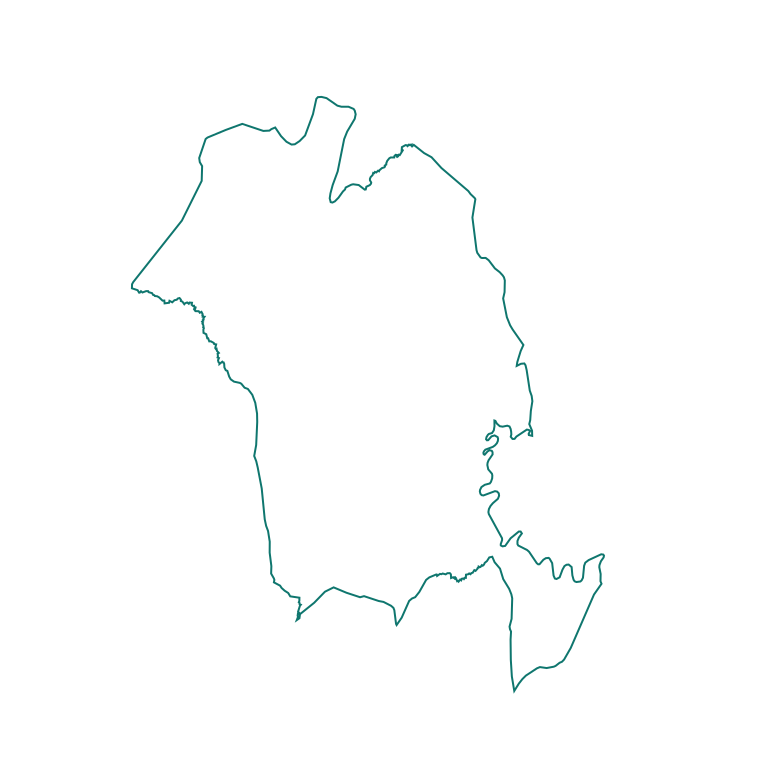 the district of Rasi Salai, Si Sa Ket, Thailand, rotated 199°
{"feature_id": "78962969B91531031914262", "entity_name": "Rasi Salai", "entity_type": "district", "adm_level": 2, "iso_a3": "THA", "parent_name": "Thailand", "parent_adm1": "Si Sa Ket", "projection": "equal_earth", "projection_center": [104.176, 15.349], "detail": "fine", "context": "isolated", "style": "outline", "palette": "teal", "viewbox_px": 768, "rotation_deg": 199, "n_neighbors": 0, "source": "geoboundaries", "source_scale": "gbopen_adm2", "svg_char_len": 6166}
<svg xmlns="http://www.w3.org/2000/svg" viewBox="0 0 768 768"><g transform="rotate(199 384 384)"><path d="M303.5,521.3L305.3,523.9L307.1,525.3L311.0,527.4L316.8,529.4L325.3,535.1L328.9,536.3L332.5,535.0L333.9,535.1L338.5,538.4L340.1,540.7L354.6,570.2L357.8,588.5L358.7,589.3L363.9,591.7L367.1,593.9L400.0,606.9L412.9,613.9L421.3,615.4L433.7,619.8L434.8,617.8L435.4,618.2L435.8,619.3L436.5,618.5L437.2,618.8L438.2,617.8L438.5,618.1L439.3,616.6L440.0,617.2L441.4,616.9L444.2,613.8L443.4,610.8L442.7,611.4L442.3,611.1L443.6,605.6L444.6,605.6L444.8,603.9L445.5,603.0L446.0,603.3L445.9,604.8L447.6,604.5L448.4,602.8L448.1,601.5L451.4,600.4L452.5,599.1L453.6,596.0L453.7,593.4L453.3,592.2L454.4,590.8L453.9,590.1L454.1,589.1L456.3,587.4L457.9,584.6L458.0,583.5L459.1,583.7L460.2,581.5L461.6,581.6L462.0,580.1L462.9,580.1L462.8,577.8L464.0,575.3L464.1,573.4L463.6,572.0L461.7,570.4L461.5,569.2L462.2,567.4L464.9,564.8L464.6,562.0L465.5,561.5L472.7,563.9L478.2,562.8L479.8,561.8L484.2,557.3L484.2,555.2L485.5,552.7L487.7,545.3L489.9,540.7L491.8,538.8L493.6,538.6L495.8,541.9L496.7,546.8L497.3,555.4L497.0,569.9L501.4,602.6L501.0,610.7L498.0,625.2L498.6,629.8L500.7,633.0L502.3,634.2L507.8,634.6L514.6,632.3L518.7,632.0L531.4,635.6L536.6,635.1L539.9,633.7L540.8,631.6L539.0,616.0L539.5,593.3L542.9,586.2L546.4,581.6L549.4,580.3L555.1,581.3L562.0,584.8L570.4,591.1L573.5,588.3L574.8,586.3L580.5,584.0L602.7,583.8L616.2,572.8L631.1,559.6L632.4,557.6L632.3,537.5L630.4,533.8L626.9,530.8L622.5,516.7L628.3,472.7L654.3,398.7L654.7,396.3L653.5,392.4L647.5,392.5L645.3,390.6L644.7,390.8L644.0,392.6L642.2,391.9L639.1,394.4L637.2,395.0L636.5,394.2L632.9,394.4L631.2,393.0L630.1,393.2L629.3,392.6L627.0,393.1L624.9,392.7L620.5,390.7L618.9,391.4L617.7,388.8L613.7,390.8L613.9,392.8L610.8,392.3L609.4,395.0L607.4,396.2L606.8,397.7L605.3,398.7L603.5,397.6L603.1,396.3L601.5,396.3L598.8,394.4L598.3,395.6L596.7,397.0L594.7,396.3L594.4,397.7L592.0,398.3L591.7,396.3L589.9,395.6L589.1,396.1L588.4,395.1L587.1,395.1L587.0,393.8L587.9,393.6L588.0,392.9L586.0,391.5L582.9,392.5L581.4,391.4L580.1,392.8L578.2,391.0L578.2,390.0L577.6,389.8L577.4,388.6L575.6,389.1L576.1,387.1L575.6,386.3L576.1,385.5L575.5,384.9L576.3,383.7L575.0,382.8L575.3,381.9L574.1,380.9L573.4,379.7L573.5,378.8L572.5,378.2L572.5,376.6L571.3,373.6L568.3,373.2L566.0,369.7L565.2,370.0L563.1,367.4L561.7,368.0L558.3,367.4L557.6,366.5L555.6,366.8L555.3,363.1L554.3,362.3L553.8,362.8L552.7,360.9L550.3,359.6L551.2,358.5L550.0,356.1L550.0,354.9L548.5,354.8L548.7,352.5L547.7,350.9L546.4,350.2L546.1,349.3L544.2,352.4L543.5,351.9L542.7,352.2L541.7,351.1L540.3,347.7L538.1,345.5L536.4,345.4L532.8,340.6L530.4,338.5L526.6,337.4L520.7,338.1L519.0,337.8L514.6,335.1L511.1,335.0L505.0,330.9L499.6,324.3L494.4,314.7L491.5,306.8L485.0,284.7L483.3,273.7L479.6,269.3L476.2,263.9L465.6,245.4L452.7,217.2L449.2,211.4L445.8,207.3L440.7,197.7L437.2,187.3L431.2,175.1L429.0,168.0L424.8,164.3L423.9,163.1L423.5,160.6L416.6,159.5L414.4,157.8L410.6,156.2L406.5,155.2L403.5,152.7L394.4,154.4L393.4,151.3L393.5,149.9L392.8,149.7L392.1,148.3L390.8,148.2L391.3,146.9L391.1,140.7L389.3,139.8L389.5,138.8L390.6,138.7L390.2,136.7L389.5,136.1L389.6,132.4L387.7,135.0L388.5,139.0L378.8,154.4L372.2,168.4L365.4,175.3L351.5,174.4L337.2,174.6L333.8,176.9L318.3,177.1L313.5,177.8L305.1,176.6L302.2,175.4L300.6,173.5L294.5,161.1L293.6,160.2L291.2,168.8L289.6,187.1L287.7,190.3L285.1,192.6L282.9,198.9L280.4,212.5L278.2,215.9L272.6,220.9L272.1,221.0L271.3,219.8L269.2,222.7L267.9,222.8L266.8,223.9L263.7,224.1L262.5,225.7L260.2,226.6L258.8,225.8L257.4,222.4L255.7,223.8L254.9,223.4L254.0,224.5L253.0,224.0L253.1,222.9L252.0,223.0L250.6,221.3L249.8,222.0L249.1,221.5L248.3,223.9L247.1,223.5L247.0,225.2L245.6,226.0L244.9,225.6L244.4,227.2L243.5,227.4L244.4,230.4L242.2,231.7L241.8,232.6L240.3,232.3L239.8,233.7L238.7,234.4L238.0,237.4L236.6,237.1L235.4,240.0L235.5,240.7L234.9,241.1L235.1,242.2L233.8,242.0L233.2,242.4L232.5,244.6L231.5,244.3L230.7,245.7L230.5,247.7L229.0,250.1L228.0,254.3L225.4,255.9L221.4,251.5L214.2,247.2L207.7,238.3L199.0,231.1L195.1,226.6L193.0,223.1L186.9,203.5L186.3,195.5L185.0,193.1L183.3,191.3L181.1,183.5L174.3,164.5L167.9,149.1L160.9,136.2L159.0,144.5L157.1,150.0L154.9,154.5L146.8,165.0L144.4,167.1L137.7,168.4L131.4,172.0L130.0,173.3L127.2,177.6L125.3,179.3L124.0,182.1L121.5,195.2L116.9,253.3L113.3,265.9L115.1,268.0L117.3,274.9L120.8,280.9L121.3,282.9L121.2,287.0L119.9,291.5L120.1,293.3L121.1,294.1L123.2,293.7L133.2,284.1L135.5,280.6L135.6,277.3L132.8,265.6L133.2,262.7L134.0,261.2L137.6,259.4L139.5,259.5L141.0,260.6L143.6,264.4L147.0,272.0L150.6,273.4L152.6,272.5L154.1,270.6L154.8,266.6L155.0,258.4L157.4,255.8L159.1,255.7L161.3,258.1L166.7,269.4L170.5,272.7L171.7,273.2L174.3,272.0L176.1,269.7L178.3,264.2L179.5,263.7L181.2,264.3L192.2,272.6L194.6,273.6L204.5,275.0L205.7,276.1L206.7,279.0L206.5,282.6L205.0,287.6L206.8,289.0L208.5,288.4L214.1,279.3L216.7,270.4L219.0,269.1L221.0,269.4L221.5,270.6L221.5,274.9L222.2,276.6L242.5,295.1L243.6,296.9L244.1,299.9L243.6,303.3L242.3,306.7L238.9,312.6L238.8,315.8L239.9,318.0L242.0,319.1L244.2,318.8L253.7,311.0L255.5,310.7L257.1,311.6L258.4,313.6L258.7,315.1L258.3,318.3L255.9,321.5L251.6,324.4L251.0,326.3L251.0,330.0L251.8,332.8L252.7,334.3L257.6,337.2L259.9,341.0L260.4,343.2L260.3,345.9L258.4,352.8L259.2,354.9L260.3,355.9L262.6,355.8L264.1,354.0L265.8,349.9L266.8,350.0L267.6,351.2L267.6,352.8L266.8,354.9L260.6,360.0L259.1,362.1L258.0,364.7L257.8,367.2L258.3,369.4L259.3,370.8L262.7,371.4L265.3,369.5L267.2,364.8L268.3,364.3L269.5,365.0L269.8,367.1L269.2,369.8L268.5,371.0L265.9,372.8L265.1,375.9L265.8,380.1L267.7,385.4L266.7,385.4L264.4,383.3L260.8,381.8L257.9,382.3L253.9,384.7L251.5,384.7L249.6,382.7L248.2,380.2L247.2,377.8L247.0,375.4L244.6,373.9L242.7,374.6L241.7,377.4L234.1,387.4L232.1,387.7L230.6,387.1L231.0,383.9L230.4,382.9L227.0,383.2L228.8,388.0L233.6,393.4L234.0,397.5L236.4,406.4L238.1,416.0L240.5,420.8L244.0,425.2L253.6,443.5L256.3,447.8L258.0,449.1L261.1,447.7L264.4,444.3L265.1,448.1L265.3,453.3L265.5,459.7L264.9,466.3L280.1,477.4L283.9,480.6L289.6,487.2L299.2,503.7L299.9,510.1L303.5,521.3Z" fill="none" stroke="#0f766e" stroke-width="2"/></g></svg>